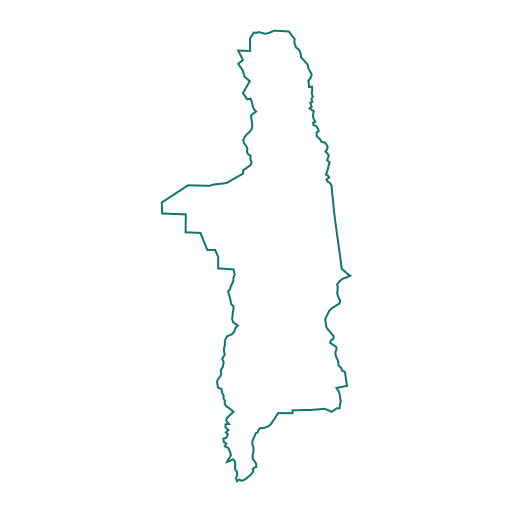 outline of Santa Cruz do Sul, Rio Grande do Sul, Brazil
{"feature_id": "56859067B37224130569598", "entity_name": "Santa Cruz do Sul", "entity_type": "district", "adm_level": 2, "iso_a3": "BRA", "parent_name": "Brazil", "parent_adm1": "Rio Grande do Sul", "projection": "orthographic", "projection_center": [-52.406, -29.65], "detail": "fine", "context": "isolated", "style": "outline", "palette": "teal", "viewbox_px": 512, "rotation_deg": 0, "n_neighbors": 0, "source": "geoboundaries", "source_scale": "gbopen_adm2", "svg_char_len": 3669}
<svg xmlns="http://www.w3.org/2000/svg" viewBox="0 0 512 512"><path d="M350.2,275.7L347.8,274.2L346.1,272.6L344.1,270.8L341.8,269.0L334.6,216.5L331.7,187.9L331.6,185.5L329.8,182.9L327.6,181.7L326.5,179.5L329.2,177.5L327.8,175.6L325.9,174.6L326.9,172.4L328.0,168.7L328.8,164.7L329.7,162.3L327.2,160.4L327.9,157.9L328.8,155.3L327.1,153.1L325.5,151.7L326.9,149.5L327.7,147.2L326.4,144.3L324.7,142.4L321.7,142.0L319.9,139.1L316.8,136.3L316.6,132.5L318.7,131.3L317.9,128.6L316.1,126.1L313.5,125.1L313.1,122.7L315.3,121.7L313.6,118.6L313.0,116.3L313.2,113.7L313.8,111.1L311.8,110.0L309.6,108.3L311.7,107.0L310.2,102.8L312.3,102.0L311.4,98.9L312.8,96.4L311.7,93.8L312.2,89.8L311.9,86.6L309.0,87.0L308.9,84.2L308.3,80.7L310.4,78.3L311.7,74.9L310.4,71.9L309.1,69.8L308.2,67.4L307.5,64.4L305.0,61.7L303.0,59.2L301.1,57.4L300.7,53.9L299.8,51.2L298.2,49.0L296.0,47.5L295.1,44.7L294.3,42.3L294.7,38.9L292.3,36.2L290.6,33.8L289.0,31.7L286.7,31.3L274.2,30.7L269.0,32.9L265.5,33.8L261.5,32.8L258.7,32.1L256.3,32.9L253.9,32.5L250.0,38.6L250.2,50.9L238.2,50.6L243.0,60.0L238.2,63.8L242.7,70.3L244.5,76.6L249.8,81.2L242.9,93.1L247.1,99.2L250.6,98.8L252.0,102.4L252.8,106.3L254.1,109.4L256.1,111.5L253.0,113.8L251.0,115.5L251.4,119.0L252.1,123.0L252.2,126.5L251.7,129.0L250.4,130.9L248.7,132.7L246.7,134.4L244.8,136.9L243.2,140.1L244.0,143.2L246.1,145.8L247.4,148.9L246.9,151.7L248.3,154.4L250.4,155.4L250.5,159.8L251.7,162.3L250.4,165.3L243.1,170.4L243.1,173.6L226.7,182.9L223.3,183.5L213.5,184.5L209.6,185.8L188.0,185.3L161.8,202.5L162.2,213.5L185.8,214.4L185.6,232.3L200.4,232.9L207.3,249.9L215.1,250.0L216.6,253.4L218.2,256.9L218.2,268.5L220.3,268.5L233.5,269.4L234.7,274.6L233.4,277.8L233.4,280.4L232.3,283.5L230.9,285.8L230.1,289.3L228.2,291.3L228.7,294.2L229.8,297.0L230.8,301.9L231.5,304.6L233.4,306.1L233.5,309.1L232.9,311.8L232.6,315.6L232.1,318.4L233.0,322.1L237.9,325.6L235.5,327.8L234.3,331.6L231.7,334.3L227.0,336.3L225.5,339.2L224.8,341.8L224.9,344.9L223.9,348.7L224.0,351.4L224.7,354.7L222.1,358.9L223.7,362.1L222.9,366.6L220.8,370.3L221.2,373.9L220.4,376.1L217.7,379.8L217.0,382.0L218.0,387.5L221.6,389.1L221.9,392.3L223.7,395.9L223.5,398.6L224.9,400.6L224.6,403.6L226.3,406.4L228.9,407.9L230.9,409.6L233.5,411.8L230.1,414.9L226.4,418.7L226.5,421.4L229.0,424.0L225.5,424.4L225.5,427.6L228.5,430.0L225.8,432.5L228.0,434.3L226.1,438.0L223.4,438.6L223.8,441.9L226.3,443.5L224.7,446.3L228.5,448.2L230.1,452.0L230.9,455.1L229.6,457.8L228.1,459.7L227.1,461.9L230.5,460.6L232.9,459.2L234.8,461.1L235.3,464.3L235.0,467.3L235.2,469.6L237.0,471.8L237.1,475.5L235.9,478.4L237.1,481.3L239.2,479.5L241.9,480.9L245.3,479.3L248.3,476.8L250.9,474.6L253.4,471.4L252.7,469.1L254.4,467.7L256.3,466.9L256.1,463.8L254.6,461.2L252.8,458.8L252.6,455.5L253.4,451.8L253.5,447.5L252.4,444.5L252.4,441.2L253.3,438.8L254.5,436.3L255.6,433.4L257.7,432.3L258.7,429.5L260.8,427.9L263.6,428.1L267.6,426.6L270.3,424.9L272.3,422.0L274.7,418.7L276.3,415.8L278.2,413.1L292.5,413.1L292.6,410.4L304.8,410.0L310.8,410.0L315.3,409.6L324.4,408.8L326.4,409.5L328.4,410.3L331.7,411.8L334.3,410.0L336.7,408.3L339.6,408.2L340.0,404.0L340.8,401.4L340.2,398.6L340.0,395.5L338.9,391.8L336.5,387.9L347.0,385.9L345.5,375.9L345.0,371.9L341.9,370.5L341.2,367.8L338.4,365.4L338.4,362.1L337.4,359.5L336.0,356.6L335.3,352.4L336.5,349.4L336.3,347.0L333.1,344.8L330.1,342.8L330.9,340.4L333.4,338.9L333.7,336.3L327.6,329.0L326.3,327.1L325.9,323.5L325.2,320.1L325.9,317.4L327.4,314.6L329.2,310.9L331.9,308.2L334.2,306.8L336.4,305.3L339.3,303.6L340.2,300.8L338.4,297.0L337.1,293.4L337.6,290.1L337.7,286.9L337.1,284.5L338.8,282.1L341.1,279.9L343.2,278.4L346.1,277.6L350.2,275.7Z" fill="none" stroke="#0f766e" stroke-width="2"/></svg>